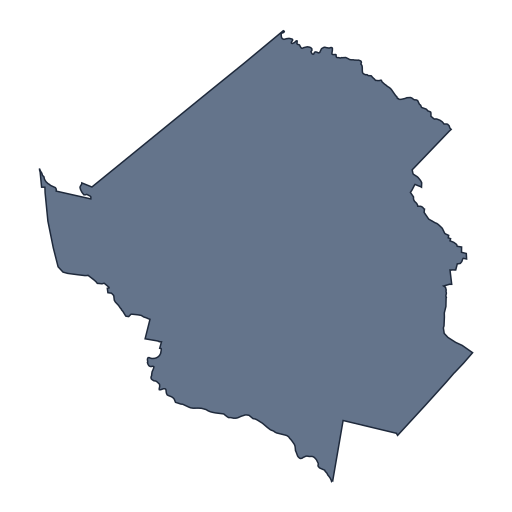 Doctor González, Nuevo León, Mexico (Mercator projection)
{"feature_id": "50627088B24522967605767", "entity_name": "Doctor González", "entity_type": "district", "adm_level": 2, "iso_a3": "MEX", "parent_name": "Mexico", "parent_adm1": "Nuevo León", "projection": "mercator", "projection_center": [-99.796, 25.845], "detail": "fine", "context": "isolated", "style": "filled", "palette": "slate", "viewbox_px": 512, "rotation_deg": 0, "n_neighbors": 0, "source": "geoboundaries", "source_scale": "gbopen_adm2", "svg_char_len": 5934}
<svg xmlns="http://www.w3.org/2000/svg" viewBox="0 0 512 512"><path d="M451.2,129.4L449.8,127.9L449.2,125.9L447.7,124.3L446.8,124.0L444.0,124.0L443.1,122.8L442.1,121.7L439.9,120.2L437.0,119.1L436.0,118.9L434.5,119.1L433.2,118.3L432.7,117.7L431.0,116.4L430.9,112.8L430.6,112.0L429.8,111.6L427.7,110.8L426.7,109.5L426.2,109.1L421.7,107.5L421.3,107.0L420.7,105.3L419.4,104.2L417.6,100.5L416.2,99.9L414.4,99.8L413.6,99.4L411.8,98.0L410.4,97.5L406.9,97.7L404.9,98.5L401.4,99.3L400.2,99.4L399.0,99.3L398.3,98.5L397.5,98.5L397.4,98.4L396.8,96.7L395.6,95.6L391.6,89.8L390.6,88.6L389.4,87.6L387.3,86.3L386.1,85.2L384.6,84.2L382.0,81.8L381.7,81.2L381.4,80.3L380.5,80.2L379.3,80.6L377.7,80.6L376.5,80.4L375.5,80.4L374.4,79.0L373.6,78.4L372.1,76.9L371.4,75.9L370.3,75.7L368.2,75.6L367.1,74.7L365.4,74.7L363.5,73.8L363.0,73.3L362.5,72.5L362.3,70.1L362.3,67.9L362.1,66.0L361.7,65.1L360.9,64.0L361.4,62.5L361.2,61.6L360.9,61.1L360.6,60.9L358.6,60.1L357.2,60.2L356.0,60.1L354.8,60.1L353.3,59.8L351.4,59.8L349.9,59.6L349.4,59.4L347.8,58.5L345.7,57.5L342.3,57.7L341.6,57.6L340.5,58.0L339.7,57.9L338.6,57.6L337.3,57.6L336.9,57.5L336.5,57.2L336.3,56.9L336.1,56.0L336.1,55.0L336.0,54.7L335.5,54.5L333.1,54.6L332.3,54.3L332.0,54.0L331.9,53.3L332.4,50.2L332.4,48.2L332.1,47.8L331.3,47.5L330.5,47.6L329.2,48.1L326.2,47.6L324.8,47.2L323.8,47.4L321.8,48.5L321.4,48.9L319.8,52.3L319.5,52.6L318.4,52.9L317.0,52.2L315.7,51.9L315.1,52.0L314.5,52.3L313.7,54.0L313.3,54.2L312.8,54.2L312.1,53.8L311.7,53.2L311.0,51.8L311.0,51.5L311.9,50.5L311.9,49.5L311.8,48.7L311.6,48.5L310.7,47.6L309.3,47.1L307.3,46.8L303.8,47.6L302.3,48.3L301.6,48.2L301.3,48.0L300.6,47.1L299.5,45.0L299.0,44.7L297.7,44.4L296.9,43.7L297.2,41.4L297.0,40.8L296.2,40.9L294.4,42.6L292.7,43.4L292.1,43.5L291.5,43.2L291.3,42.8L291.6,41.7L292.4,40.7L292.7,40.0L292.5,39.4L292.2,39.1L289.5,38.4L288.1,38.4L287.6,38.6L286.8,38.6L284.3,39.3L283.7,39.3L282.4,38.7L281.8,37.9L281.5,37.2L281.3,36.1L281.1,33.5L281.2,33.4L283.4,32.6L284.2,31.9L284.3,31.7L284.3,31.4L283.9,31.0L283.3,30.7L244.4,63.0L208.3,92.2L91.9,187.0L81.8,182.9L81.7,184.1L80.2,186.5L80.0,187.6L80.6,189.7L82.0,192.4L83.9,194.8L85.3,194.8L86.8,194.4L90.3,196.2L90.9,197.0L90.8,198.9L56.2,191.1L56.3,189.9L56.1,188.9L55.9,188.4L55.3,187.6L50.5,185.4L49.4,184.4L48.1,183.7L45.9,181.6L44.5,179.3L43.9,176.7L42.5,175.4L42.0,173.7L41.6,172.8L40.5,171.1L39.4,168.5L39.7,170.7L40.1,171.8L41.6,187.2L44.9,187.2L45.1,192.8L47.9,221.2L53.3,247.9L58.1,266.8L63.0,272.1L67.7,273.4L77.5,274.7L85.0,275.6L87.8,275.5L88.0,275.3L94.2,280.1L96.0,281.7L96.9,282.9L97.4,283.4L99.3,283.5L102.0,283.8L103.8,283.3L104.3,283.3L108.9,287.2L109.0,287.5L109.1,287.9L109.0,288.0L107.3,288.3L107.9,292.7L111.5,293.2L113.6,295.4L113.8,296.0L114.3,300.2L115.4,302.1L118.6,305.5L120.2,307.9L121.3,309.1L121.4,309.7L122.9,311.4L125.2,315.2L125.9,316.2L128.7,316.6L130.9,314.3L131.2,314.2L132.2,314.2L137.8,314.8L141.2,315.4L143.8,317.0L146.3,317.8L148.5,318.8L150.0,319.3L145.1,338.8L157.3,340.9L159.1,341.4L159.2,341.7L161.5,341.8L159.7,348.3L161.1,348.6L161.1,349.0L161.3,349.4L161.2,350.4L160.6,353.5L159.5,355.5L158.1,356.8L157.2,357.4L155.9,358.0L154.3,358.4L151.9,358.5L150.0,358.0L149.3,357.6L148.2,357.6L147.8,358.1L147.5,358.8L147.4,359.4L147.7,361.8L147.7,362.2L147.4,362.6L148.1,364.5L148.9,365.7L149.6,366.2L150.8,366.6L151.3,366.6L151.8,366.3L152.8,366.3L153.6,366.5L153.9,366.8L153.8,367.5L153.3,369.1L152.1,371.8L151.7,374.3L151.7,375.3L151.1,376.8L151.0,377.8L151.2,378.5L151.4,379.0L152.3,379.8L153.9,380.8L155.7,381.0L157.1,381.9L159.4,384.1L159.6,384.6L159.7,386.4L159.2,388.7L159.2,389.3L159.3,389.7L159.9,389.8L160.8,389.7L163.3,388.8L164.0,388.7L165.3,388.9L165.8,389.4L166.0,390.2L166.3,392.7L166.6,393.7L167.2,394.9L168.3,395.5L171.6,396.8L173.4,398.1L174.2,399.1L175.5,402.3L181.0,404.1L182.6,404.2L188.8,407.1L190.6,407.8L193.2,408.2L198.1,408.1L201.5,408.3L206.2,409.6L207.7,410.6L209.0,411.2L210.5,411.8L212.9,412.4L215.5,412.9L223.5,413.9L224.4,414.4L224.8,414.9L227.3,416.8L228.6,417.6L230.9,417.6L233.6,418.2L235.8,418.2L237.7,417.8L241.3,416.2L243.9,415.4L244.9,415.0L246.4,414.9L249.0,415.3L253.0,418.6L255.3,419.0L257.3,420.0L262.4,423.2L267.3,427.4L270.2,429.6L271.5,430.3L272.3,430.5L274.0,431.3L274.6,431.9L276.5,432.9L285.7,435.2L287.1,435.7L288.5,436.7L289.1,437.4L289.8,438.5L290.6,439.2L292.3,441.4L294.3,444.3L294.9,445.7L295.2,447.4L295.5,450.7L296.0,451.7L297.6,456.0L298.3,457.0L299.5,458.1L300.4,458.5L301.8,458.3L302.6,457.9L303.1,457.4L304.2,457.0L305.6,456.3L306.4,456.1L308.0,456.2L309.1,456.5L312.0,456.4L313.3,456.8L314.5,457.6L316.4,459.7L318.2,463.3L318.3,464.3L318.0,465.1L318.1,465.9L318.3,466.6L318.9,467.1L319.3,467.7L320.1,468.2L324.7,470.2L325.1,471.2L327.0,473.3L327.8,475.0L328.9,476.3L330.2,478.1L331.2,480.2L331.5,481.3L332.1,480.5L332.7,480.9L343.1,420.5L396.5,433.3L396.5,433.5L397.6,435.4L425.3,405.3L446.6,381.7L454.1,373.0L454.6,372.6L463.5,363.2L472.6,352.7L462.2,345.4L455.7,342.4L447.9,337.4L444.2,333.4L443.4,328.2L443.5,327.3L444.0,326.0L444.4,317.1L444.3,312.9L445.9,306.5L446.1,297.9L446.4,297.5L445.8,296.0L446.4,293.1L446.0,291.3L446.2,290.0L445.5,287.3L443.6,286.0L449.4,284.3L451.7,284.3L450.0,270.0L451.2,270.1L451.9,269.9L455.7,270.0L457.3,263.8L458.2,263.8L460.3,263.4L461.8,261.6L462.6,259.2L463.2,258.3L466.6,259.0L466.3,253.5L461.5,252.3L461.6,247.0L457.2,246.3L456.7,244.7L456.3,244.2L453.7,242.3L450.0,240.8L450.6,238.7L448.2,237.8L448.7,235.4L445.5,233.9L444.7,233.3L442.3,228.3L440.6,226.6L438.3,224.5L436.6,223.3L435.5,223.0L428.7,219.1L424.1,212.4L424.5,209.1L424.1,209.0L422.5,207.2L421.5,206.6L420.6,206.3L417.7,206.2L417.6,205.2L416.8,203.6L416.1,202.8L414.6,201.4L413.9,200.2L413.5,198.9L413.5,196.9L410.4,192.4L411.9,190.2L414.8,184.6L415.0,184.4L418.6,185.9L420.3,186.5L421.5,187.2L421.7,182.8L421.0,181.3L420.3,180.2L418.2,177.6L417.2,176.7L413.3,174.2L412.9,173.3L412.2,169.8L444.8,135.8L449.3,131.1L451.2,129.4Z" fill="#64748b" stroke="#1e293b" stroke-width="1.5"/></svg>